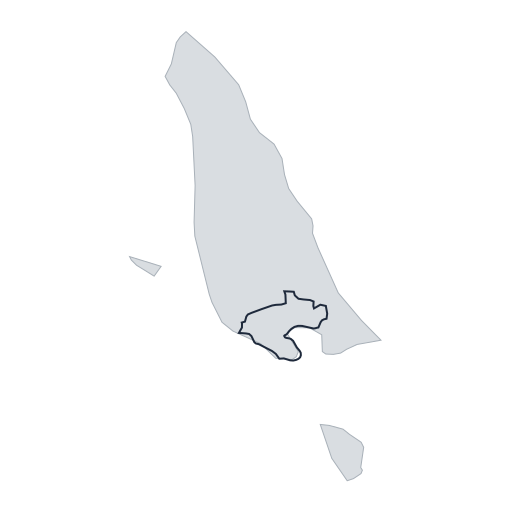 Bobonaro on a map of East Timor (Equal Earth projection), rotated 271°
{"feature_id": "TLS-547", "entity_name": "Bobonaro", "entity_type": "District", "adm_level": 1, "iso_a3": "TLS", "parent_name": "East Timor", "parent_adm1": "", "projection": "equal_earth", "projection_center": [125.15, -8.979], "detail": "fine", "context": "in_parent", "style": "outline", "palette": "slate", "viewbox_px": 512, "rotation_deg": 271, "n_neighbors": 0, "source": "natural_earth", "source_scale": "10m", "svg_char_len": 1909}
<svg xmlns="http://www.w3.org/2000/svg" viewBox="0 0 512 512"><g transform="rotate(271 256 256)"><path d="M174.0,382.4L169.3,358.5L164.3,348.2L160.4,342.3L159.0,335.1L159.2,327.5L161.6,324.0L178.4,323.1L185.1,310.8L185.1,296.0L181.7,291.0L178.4,288.9L161.0,300.0L156.0,298.0L153.1,294.0L154.1,277.5L168.4,262.2L180.5,234.3L189.1,223.2L208.9,212.8L217.0,209.9L274.8,194.5L288.6,193.5L325.3,193.9L374.3,190.6L386.5,188.5L402.2,181.7L417.4,173.4L425.5,166.8L434.0,162.0L446.6,168.0L468.0,172.6L473.8,176.5L479.1,182.1L454.2,211.4L426.9,235.7L410.0,243.0L392.7,248.0L379.4,257.3L368.2,272.1L353.9,280.3L337.8,283.1L324.0,287.5L311.5,296.2L294.1,311.0L287.1,312.5L279.7,312.1L265.3,317.8L220.5,338.9L193.5,362.5L174.0,382.4ZM32.9,351.1L55.0,335.3L88.7,323.2L87.9,332.1L84.4,346.0L79.3,352.6L71.6,364.4L66.6,367.0L46.3,364.4L43.7,366.1L40.3,364.8L35.1,357.3L32.9,351.1ZM253.2,129.6L244.0,161.3L234.1,154.5L244.7,136.7L249.8,131.4L253.2,129.6Z" fill="#d9dde1" stroke="#a8b0b8" stroke-width="1"/><path d="M157.6,302.6L155.5,301.9L153.9,300.2L152.8,297.9L152.1,295.0L152.3,291.9L154.1,285.6L153.7,281.1L158.4,277.6L161.2,273.8L167.9,260.3L168.5,257.5L169.7,255.9L175.9,252.8L177.9,250.5L178.4,247.3L178.8,240.3L181.5,241.7L184.2,243.2L188.2,243.2L189.2,242.9L190.2,246.1L195.3,247.4L197.4,248.9L199.1,252.6L203.0,262.6L206.8,273.0L207.5,276.7L207.9,282.2L209.3,286.6L217.9,286.1L221.2,284.9L221.1,289.8L220.9,294.4L217.3,295.5L214.0,299.2L213.4,304.0L212.9,310.8L211.5,314.4L207.0,314.2L204.6,314.9L208.4,321.2L207.3,326.7L199.6,328.2L194.5,327.6L193.9,325.1L192.9,323.2L191.0,321.8L186.3,319.9L185.6,319.6L185.4,318.5L184.8,316.6L184.5,314.9L186.9,303.3L186.9,299.3L185.8,295.7L183.8,292.7L181.3,290.3L178.7,288.4L177.7,287.2L177.2,286.0L176.6,285.6L175.2,286.4L174.7,287.5L174.1,291.1L173.6,292.4L171.8,294.6L165.3,298.4L161.8,301.4L160.0,302.4L157.6,302.6Z" fill="none" stroke="#1e293b" stroke-width="2"/></g></svg>